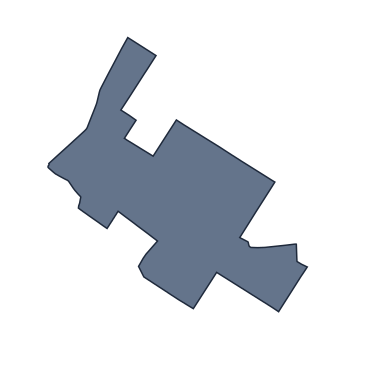 Curcani, Calarasi, Romania (Mercator projection), rotated 121°
{"feature_id": "2599482B18753621764646", "entity_name": "Curcani", "entity_type": "district", "adm_level": 2, "iso_a3": "ROU", "parent_name": "Romania", "parent_adm1": "Calarasi", "projection": "mercator", "projection_center": [26.714, 44.275], "detail": "fine", "context": "isolated", "style": "filled", "palette": "slate", "viewbox_px": 384, "rotation_deg": 121, "n_neighbors": 0, "source": "geoboundaries", "source_scale": "gbopen_adm2", "svg_char_len": 2882}
<svg xmlns="http://www.w3.org/2000/svg" viewBox="0 0 384 384"><g transform="rotate(121 192 192)"><path d="M92.7,326.6L105.2,326.2L121.1,325.3L126.9,325.0L132.6,324.7L148.7,323.7L151.0,323.5L152.0,323.4L154.3,322.8L162.1,320.3L164.7,319.5L166.5,319.1L171.0,318.3L179.6,316.9L190.8,315.0L192.2,315.0L193.0,315.1L195.1,315.6L201.2,317.4L221.3,323.4L230.5,326.2L241.3,329.4L241.6,329.0L242.3,328.6L243.2,328.7L243.4,328.7L244.3,328.5L244.6,328.4L244.8,328.3L245.0,327.9L245.2,327.5L245.4,326.6L245.6,325.4L246.2,322.2L246.5,320.4L246.7,319.0L246.8,318.1L246.7,316.8L246.7,314.7L246.5,310.5L246.4,308.2L246.2,305.7L246.1,304.7L246.2,304.1L246.3,303.6L246.4,303.2L247.2,301.5L250.0,295.5L251.0,293.0L251.3,292.0L252.4,288.7L252.8,287.2L253.1,286.3L253.2,285.4L253.3,285.2L253.5,284.9L253.7,284.7L254.8,284.3L257.0,283.5L258.8,282.8L259.4,282.6L259.8,282.5L261.2,282.2L262.2,282.0L262.9,281.7L264.3,281.1L264.7,277.5L264.7,276.8L264.8,276.0L264.9,275.3L264.9,274.6L265.0,273.9L265.0,273.5L265.0,273.1L265.1,272.4L265.1,271.7L265.2,271.0L265.2,270.3L265.3,269.6L265.4,268.9L265.4,268.2L265.5,267.5L265.5,266.8L265.6,266.0L265.6,265.3L265.7,264.6L265.7,263.9L265.8,263.2L265.8,262.5L265.9,261.8L265.9,261.1L266.0,260.4L266.0,259.6L266.1,258.9L266.1,258.2L266.2,257.5L266.2,256.8L266.3,256.1L266.3,255.4L266.4,254.7L266.5,254.0L266.5,253.2L266.6,252.5L266.6,251.8L266.7,251.1L266.7,250.4L266.8,249.7L266.8,248.9L266.9,248.2L266.9,247.5L267.0,246.7L267.0,246.0L266.3,246.0L265.5,246.0L264.8,245.9L264.0,245.9L263.3,245.9L262.6,245.9L261.8,245.9L261.1,245.8L260.4,245.8L259.6,245.8L258.9,245.8L258.2,245.7L257.5,245.7L256.7,245.7L256.0,245.7L255.3,245.7L254.6,245.6L253.9,245.6L253.1,245.6L252.4,245.6L251.7,245.6L251.0,245.5L250.2,245.5L249.5,245.5L248.8,245.5L248.1,245.5L247.3,245.4L246.6,245.4L246.9,242.3L247.7,234.9L247.8,233.6L248.6,225.8L249.1,221.6L250.4,208.8L251.1,202.6L251.8,196.3L268.9,199.4L273.9,199.7L283.3,199.5L288.6,191.1L289.6,189.5L290.3,171.1L290.9,156.3L291.2,148.0L291.3,136.3L291.3,133.3L291.3,130.8L262.1,129.9L248.2,129.5L249.3,78.0L249.6,63.9L249.9,57.5L250.0,56.1L249.7,56.1L248.1,56.1L229.0,55.6L208.0,55.1L204.7,54.9L200.0,54.7L196.9,54.6L197.0,55.4L197.2,57.8L197.5,60.8L197.5,66.1L197.1,66.5L194.7,68.1L183.0,75.7L183.0,75.9L184.1,77.5L189.0,83.8L190.9,86.3L201.9,100.9L205.8,106.9L207.2,109.4L209.2,113.0L209.2,113.8L209.1,114.5L208.8,115.4L207.6,116.6L206.3,117.8L206.0,118.2L205.9,118.6L206.0,119.8L206.5,127.6L192.7,127.3L176.5,127.0L150.6,126.3L140.8,126.1L140.8,126.5L140.8,127.6L140.8,129.5L140.6,138.5L140.2,159.4L140.1,165.8L139.8,174.9L139.8,176.6L139.5,185.2L139.3,190.1L138.6,233.9L138.3,242.5L181.3,243.8L181.0,274.2L181.0,274.3L181.0,274.7L181.0,274.8L180.8,277.0L180.8,277.6L170.0,277.3L159.3,276.9L158.7,284.9L158.4,295.2L142.6,294.6L115.3,293.8L110.9,293.6L93.6,293.1L92.7,326.6Z" fill="#64748b" stroke="#1e293b" stroke-width="1.5"/></g></svg>